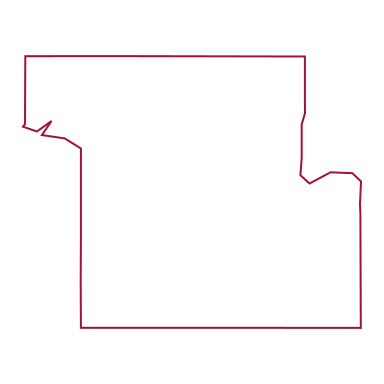 outline of Shawnee, Kansas, United States of America
{"feature_id": "52423323B43181650652677", "entity_name": "Shawnee", "entity_type": "district", "adm_level": 2, "iso_a3": "USA", "parent_name": "United States of America", "parent_adm1": "Kansas", "projection": "natural_earth1", "projection_center": [-95.755, 39.043], "detail": "fine", "context": "isolated", "style": "outline", "palette": "rose", "viewbox_px": 384, "rotation_deg": 0, "n_neighbors": 0, "source": "geoboundaries", "source_scale": "gbopen_adm2", "svg_char_len": 448}
<svg xmlns="http://www.w3.org/2000/svg" viewBox="0 0 384 384"><path d="M360.8,327.9L360.4,214.1L360.0,204.4L361.0,181.4L352.4,173.2L330.5,172.3L309.5,183.5L300.4,175.2L301.7,158.1L301.7,124.5L305.0,113.2L304.9,101.8L304.9,56.5L107.0,56.1L25.3,56.2L25.0,124.1L23.0,126.7L36.9,131.5L51.5,121.0L41.9,135.1L64.7,138.4L80.9,148.5L80.9,191.3L80.9,236.5L80.7,281.9L80.9,327.8L246.5,327.8L360.8,327.9Z" fill="none" stroke="#9f1239" stroke-width="2"/></svg>